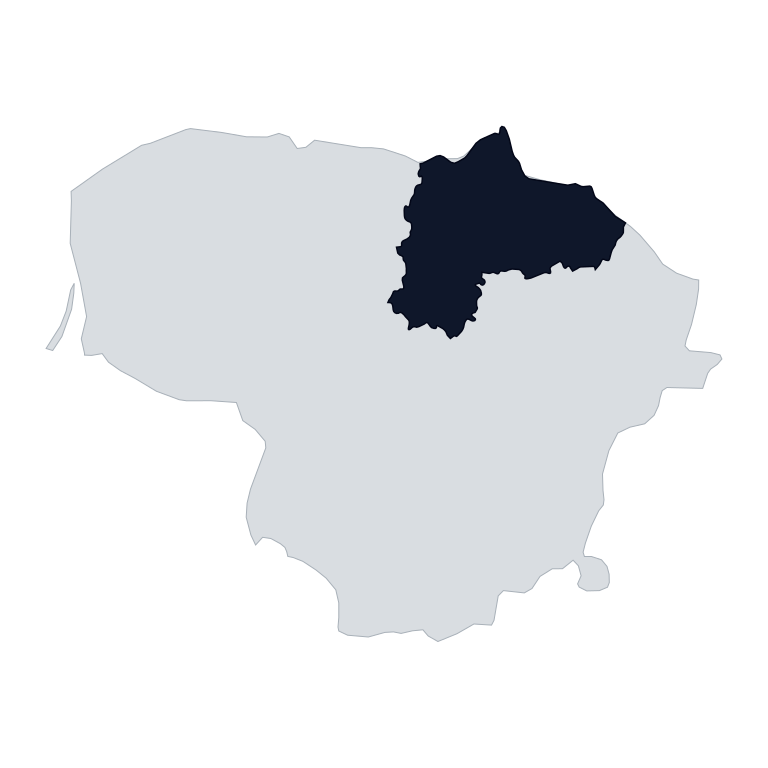 where Panevezio sits in Lithuania
{"feature_id": "LTU-1071", "entity_name": "Panevezio", "entity_type": "County", "adm_level": 1, "iso_a3": "LTU", "parent_name": "Lithuania", "parent_adm1": "", "projection": "albers", "projection_center": [24.625, 55.918], "detail": "fine", "context": "in_parent", "style": "filled", "palette": "ink", "viewbox_px": 768, "rotation_deg": 0, "n_neighbors": 0, "source": "natural_earth", "source_scale": "10m", "svg_char_len": 5984}
<svg xmlns="http://www.w3.org/2000/svg" viewBox="0 0 768 768"><path d="M255.6,545.0L250.9,535.0L246.2,517.2L247.1,503.1L250.5,489.1L265.8,447.9L265.2,441.3L255.2,429.4L242.8,420.6L236.4,402.5L210.9,400.7L186.7,400.8L179.2,399.7L156.5,391.3L135.0,378.4L120.5,370.7L108.5,362.2L102.2,353.6L91.6,355.4L84.5,355.1L84.6,353.7L81.3,338.8L86.6,316.6L80.6,283.4L70.2,243.3L71.4,200.9L71.1,191.4L102.5,169.1L141.6,145.3L150.3,143.3L185.8,129.6L190.5,128.6L221.9,132.5L246.5,136.8L267.3,137.0L278.9,133.4L289.2,136.9L297.2,148.5L305.9,147.3L314.6,140.2L361.1,147.7L371.6,147.7L383.5,148.9L405.3,156.0L417.9,162.4L445.6,158.8L457.5,158.6L463.7,156.1L482.8,138.9L491.0,136.0L498.6,132.9L505.5,135.5L510.2,150.1L524.4,175.3L539.9,179.7L582.6,188.9L591.4,193.9L615.8,215.8L630.5,226.5L639.9,235.1L654.3,251.9L662.7,264.1L676.6,273.2L692.9,279.1L698.7,280.0L698.6,289.0L696.3,304.5L691.5,324.5L686.2,340.0L685.0,346.0L689.4,350.8L710.9,352.6L720.0,354.9L721.9,359.0L717.3,364.4L710.6,369.1L707.7,373.3L702.7,388.4L666.9,387.5L662.2,390.6L660.1,397.6L658.5,405.7L654.1,415.3L644.7,423.8L629.9,427.2L617.8,433.0L608.9,450.6L602.5,474.0L603.0,490.5L604.0,499.7L603.3,505.0L598.7,510.8L591.3,526.1L585.4,543.1L583.1,552.2L584.4,556.5L591.4,556.5L601.5,559.8L607.0,566.4L609.1,574.2L609.3,582.5L607.5,587.2L599.4,590.6L586.7,590.9L579.2,587.1L577.6,583.9L581.1,575.8L578.4,565.8L573.1,560.2L562.5,568.7L552.2,568.8L540.0,576.4L532.0,588.5L524.3,592.9L503.4,590.6L498.2,595.9L494.0,620.3L491.5,625.1L473.9,624.0L457.0,633.7L437.9,641.5L428.2,636.0L422.9,629.8L412.5,630.8L401.1,633.4L393.5,631.9L384.9,632.4L368.3,637.0L347.6,635.2L338.8,631.0L338.0,627.1L338.8,617.6L338.8,602.9L335.8,589.8L326.1,578.1L315.9,569.9L302.8,561.3L293.1,557.5L287.8,556.4L286.7,551.6L284.9,547.4L280.4,543.7L270.8,538.5L262.6,537.3L255.6,545.0ZM52.7,350.5L46.1,348.5L60.4,326.0L66.2,311.1L70.7,289.9L74.2,283.3L73.8,293.1L71.6,309.2L61.9,336.5L52.7,350.5Z" fill="#d9dde1" stroke="#a8b0b8" stroke-width="1"/><path d="M501.9,126.5L504.3,127.3L506.3,130.7L509.3,139.2L512.2,151.4L513.5,155.1L514.6,157.2L518.4,161.3L519.5,163.3L521.5,169.8L524.8,175.9L528.9,178.8L555.9,183.3L567.8,185.2L575.4,183.7L581.1,186.4L583.1,186.7L589.8,186.1L591.1,186.7L592.0,188.4L594.2,195.2L595.2,197.3L596.6,198.7L603.2,203.1L606.5,206.8L615.2,216.3L625.5,222.9L623.4,227.0L623.4,230.6L623.3,232.7L622.6,234.0L621.2,236.0L620.1,237.2L617.8,239.0L616.4,240.9L615.7,242.7L615.2,245.0L612.2,249.7L611.2,252.5L609.5,258.9L608.9,260.1L608.1,260.5L606.0,260.2L603.8,259.3L602.9,259.2L601.9,259.9L600.3,263.2L599.5,264.6L595.3,269.6L595.0,268.4L594.9,267.9L594.6,267.1L594.2,266.6L592.8,266.4L580.5,266.9L579.0,267.4L577.3,268.6L572.6,271.1L570.4,267.8L570.0,266.9L569.0,266.1L567.9,266.2L567.1,266.7L565.8,268.0L565.1,268.2L564.4,267.8L563.6,266.8L562.8,264.7L562.3,263.2L560.1,261.1L551.5,266.1L550.7,267.0L549.9,268.5L550.6,271.5L550.5,272.9L549.8,273.4L548.8,273.3L546.3,272.5L545.0,272.6L544.1,272.7L531.0,278.0L527.8,278.7L526.1,278.8L525.0,278.4L524.9,277.8L525.2,276.0L524.9,275.1L523.2,273.7L522.5,272.9L521.6,271.3L521.3,270.9L519.6,269.7L519.1,269.5L512.0,269.0L508.5,269.9L506.4,271.0L504.8,271.3L501.2,270.9L500.2,271.2L499.6,271.7L499.3,272.4L498.9,273.1L497.9,273.8L496.9,273.7L493.6,272.3L492.2,272.4L490.5,273.1L489.2,273.4L481.8,272.3L481.9,274.9L481.7,275.8L481.4,277.3L482.0,278.3L484.4,280.1L484.9,281.3L485.0,282.3L484.4,283.7L483.5,284.7L482.2,285.1L480.9,284.5L480.2,283.6L479.4,283.1L476.0,284.1L475.2,284.9L475.6,285.7L476.6,286.5L478.1,287.4L479.4,288.7L480.6,290.4L481.3,292.9L481.4,294.3L481.0,295.3L478.9,297.0L477.8,298.1L476.8,299.9L476.5,301.7L476.6,305.2L476.7,306.0L476.9,306.7L477.3,307.4L477.3,308.7L475.1,312.4L472.8,313.1L472.3,313.5L471.7,314.3L471.7,315.3L472.4,316.3L474.4,317.9L475.3,318.8L475.4,319.7L474.7,320.6L472.9,321.0L471.5,320.6L468.8,319.2L467.5,319.0L466.4,319.6L465.0,321.8L464.3,323.8L463.6,327.3L462.8,329.3L461.5,331.4L457.3,335.9L456.3,336.4L455.4,335.9L454.5,335.8L453.7,336.0L450.4,338.5L447.4,335.3L445.9,331.7L444.5,330.0L442.9,328.6L437.5,325.6L436.7,325.7L436.5,326.7L436.4,327.6L435.6,328.4L434.1,328.4L431.6,327.6L430.3,326.3L429.2,324.7L427.8,322.9L426.9,322.5L425.6,322.9L424.5,323.9L418.9,326.6L416.7,327.2L414.8,326.7L413.3,326.8L412.3,327.3L410.2,329.2L409.0,329.7L408.4,329.2L408.4,328.1L409.1,325.0L409.3,323.4L409.3,321.6L408.7,320.1L405.4,316.6L404.2,315.0L401.9,312.9L400.6,312.4L399.6,312.5L398.6,313.2L396.5,313.4L394.9,312.7L393.7,311.4L393.2,309.7L392.8,306.2L392.4,304.7L391.8,303.5L390.9,302.9L390.1,302.6L387.9,302.5L388.9,300.1L389.4,299.3L390.8,297.6L392.5,294.2L393.5,291.6L394.7,291.0L397.2,291.1L398.3,290.7L399.9,289.2L400.8,289.0L402.0,289.1L403.0,289.0L403.8,288.0L403.8,286.3L402.3,280.2L402.5,277.9L403.5,276.9L404.7,276.0L405.8,274.8L406.4,273.4L406.3,270.3L406.4,268.7L405.8,263.6L405.3,262.4L403.5,260.2L403.2,258.8L403.2,257.8L403.0,256.9L402.3,256.2L400.9,255.4L399.7,255.0L397.8,253.1L396.5,247.2L400.8,246.7L401.2,246.3L401.7,245.5L401.6,244.2L401.6,243.0L402.4,241.4L403.8,240.5L407.0,239.0L409.4,237.2L410.5,235.1L410.2,232.1L410.8,231.1L411.7,229.1L411.8,227.0L411.5,223.9L410.8,222.6L409.8,221.9L408.8,221.6L407.5,221.0L406.3,220.1L405.1,218.7L404.6,217.2L404.4,215.7L404.2,210.4L404.3,209.2L404.4,208.1L404.7,207.2L405.0,206.6L405.6,206.0L406.1,206.0L406.7,206.3L407.4,206.9L407.9,207.0L408.6,207.1L409.4,205.9L409.9,204.3L410.7,200.3L411.7,198.1L414.3,194.3L414.6,192.3L414.7,190.3L415.0,188.9L415.7,187.1L416.5,186.0L417.7,185.2L421.1,184.3L421.9,183.1L422.1,181.5L422.3,178.5L422.1,177.0L421.5,176.1L421.0,176.2L420.1,176.7L419.6,176.7L418.8,176.1L418.2,173.9L418.6,172.0L419.3,170.5L420.3,169.1L420.5,167.9L420.3,166.9L420.1,163.8L423.0,163.2L436.6,156.2L440.1,155.6L443.7,157.0L450.8,162.3L454.5,163.3L458.3,161.7L464.8,157.9L466.9,155.7L468.6,153.4L476.0,143.3L480.4,139.8L484.5,137.9L494.6,133.4L495.7,133.4L498.2,134.3L499.1,134.1L499.8,132.4L500.0,130.1L500.4,128.0L501.9,126.5Z" fill="#0f172a" stroke="#020617" stroke-width="1.5"/></svg>